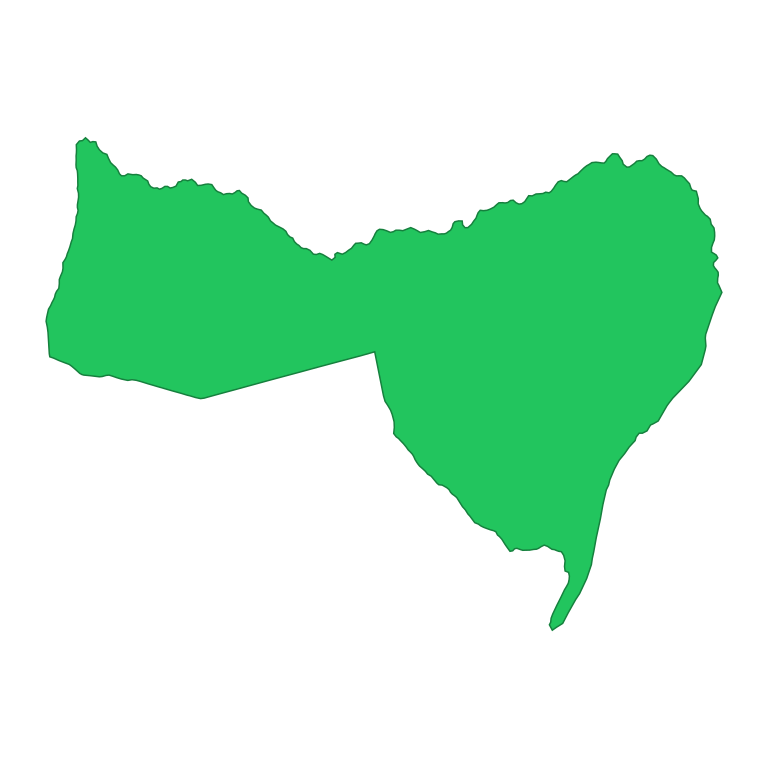 the district of Bataguassu, Mato Grosso do Sul, Brazil
{"feature_id": "56859067B16136345654597", "entity_name": "Bataguassu", "entity_type": "district", "adm_level": 2, "iso_a3": "BRA", "parent_name": "Brazil", "parent_adm1": "Mato Grosso do Sul", "projection": "equal_earth", "projection_center": [-52.609, -21.865], "detail": "fine", "context": "isolated", "style": "filled", "palette": "green", "viewbox_px": 768, "rotation_deg": 0, "n_neighbors": 0, "source": "geoboundaries", "source_scale": "gbopen_adm2", "svg_char_len": 5902}
<svg xmlns="http://www.w3.org/2000/svg" viewBox="0 0 768 768"><path d="M721.9,292.4L720.3,288.7L719.0,285.7L717.5,282.8L717.7,278.3L718.3,275.2L718.1,272.2L716.4,269.8L714.7,267.8L713.4,265.6L713.6,262.5L715.8,260.4L717.8,257.9L716.3,255.1L714.2,253.7L711.5,252.1L711.5,247.4L712.9,243.3L714.3,239.9L714.7,236.0L714.6,232.4L714.0,228.0L711.2,224.2L710.2,219.2L707.4,216.3L705.4,215.1L703.5,213.0L701.7,211.0L700.1,208.5L698.2,203.9L698.3,198.7L697.2,194.6L696.3,191.2L692.2,190.2L690.9,188.1L689.5,183.7L686.6,180.6L684.4,178.0L681.7,175.9L679.1,175.8L676.5,175.9L674.1,174.9L671.1,172.1L666.7,169.5L664.3,167.9L661.8,166.5L659.0,163.8L656.3,159.1L652.8,155.6L649.9,155.2L647.0,156.5L644.6,159.1L642.0,160.7L639.2,160.7L636.7,161.2L634.5,163.4L632.3,165.0L629.4,167.0L626.8,167.1L623.2,164.2L622.2,160.7L619.6,157.1L617.7,154.1L614.5,153.8L612.4,153.8L610.1,156.0L607.5,158.6L605.8,161.5L604.1,163.1L601.2,162.9L598.9,162.5L595.9,162.2L591.9,162.6L589.0,164.5L586.8,165.7L584.2,167.7L582.5,169.3L580.6,171.1L578.0,173.8L575.8,174.9L573.6,176.4L570.6,178.8L566.7,181.8L563.8,181.4L561.3,180.6L558.2,181.8L555.5,185.3L553.7,188.2L551.2,191.4L549.1,192.8L545.7,192.2L543.0,193.5L539.5,193.8L536.0,194.0L532.2,195.9L528.7,195.7L524.7,201.7L521.8,203.7L518.9,204.1L516.1,202.8L513.2,200.2L510.5,200.5L507.8,202.5L505.1,203.0L502.6,202.7L498.9,202.8L496.7,204.6L493.9,207.2L490.2,209.1L487.0,210.3L483.4,210.7L480.2,210.3L478.2,212.6L477.1,215.2L476.0,218.2L473.7,221.1L471.6,224.3L467.9,227.6L465.0,227.7L462.6,224.8L462.2,221.0L458.6,220.9L454.9,221.7L453.2,223.6L452.2,227.4L450.6,230.2L448.4,231.6L446.4,233.2L444.2,233.9L441.3,233.9L438.1,234.2L435.3,232.8L432.2,231.9L428.5,230.5L424.7,231.7L420.3,232.5L417.3,230.7L414.5,229.2L410.7,227.6L402.8,230.7L399.3,230.2L395.9,230.2L393.3,231.7L390.4,232.4L386.7,230.8L383.1,229.6L379.5,229.3L377.0,230.8L375.2,233.7L374.1,236.2L372.0,240.1L369.4,243.7L366.3,244.9L363.9,244.1L361.3,242.8L357.8,243.2L355.7,243.3L353.9,245.2L351.5,248.3L348.6,250.2L345.7,252.5L342.3,254.2L337.4,252.6L334.9,254.3L335.1,257.4L331.8,260.1L327.8,257.6L325.7,256.3L322.6,254.5L319.7,253.4L316.4,254.5L313.4,254.2L309.9,250.3L306.3,248.6L303.5,248.6L301.1,247.7L298.9,245.4L296.7,244.0L294.4,241.6L292.7,238.1L289.9,236.9L287.5,234.5L285.9,231.3L283.0,228.9L280.1,227.4L278.1,226.4L275.5,225.1L273.2,223.1L270.5,220.9L268.3,217.1L266.2,215.1L263.8,213.2L261.3,210.1L257.6,209.2L254.5,208.1L251.2,205.5L248.4,201.7L248.0,197.9L245.4,195.3L241.6,193.1L239.4,190.5L237.1,190.8L235.0,192.5L232.3,194.0L229.6,193.5L226.5,193.7L223.4,194.6L220.7,192.8L217.7,191.7L215.8,190.3L214.3,188.3L211.8,184.6L208.2,184.0L205.3,184.3L201.2,185.3L197.6,185.5L195.4,182.3L191.7,179.3L187.7,180.8L185.3,180.0L182.8,180.0L181.1,181.5L178.3,182.0L176.0,186.1L172.7,187.5L170.1,188.0L167.5,186.4L164.9,186.4L162.1,188.3L159.5,189.2L157.1,187.9L153.8,188.2L150.7,186.7L148.9,184.3L147.7,181.0L145.7,179.7L143.2,178.1L141.2,175.8L139.0,175.0L136.3,174.5L132.8,174.7L130.3,174.3L127.9,173.9L124.7,175.8L121.5,175.8L119.5,173.9L117.7,170.0L115.5,167.1L113.2,165.1L110.6,162.6L108.4,158.2L106.9,154.4L102.8,152.9L99.4,149.8L97.1,146.2L95.8,141.9L92.8,141.6L90.3,142.4L88.2,140.2L85.5,137.8L82.5,140.6L79.4,141.0L76.3,144.7L76.5,149.7L76.4,152.9L76.1,155.9L76.2,160.0L76.0,164.8L76.2,167.7L77.3,170.6L77.6,173.8L77.8,178.5L77.8,182.0L77.9,185.5L77.3,188.5L78.5,193.2L78.6,197.1L78.2,199.9L77.4,204.8L77.4,207.6L78.1,210.3L77.5,213.5L76.2,216.7L76.0,221.0L75.3,224.9L74.0,229.2L73.0,233.5L72.5,238.6L71.2,242.1L69.9,246.8L68.5,250.8L67.3,253.7L66.4,256.9L65.1,259.4L62.9,262.7L63.0,268.3L62.4,271.8L60.4,276.5L59.3,279.5L59.3,283.9L58.8,288.4L56.6,291.3L55.3,294.1L54.6,297.3L53.5,299.7L51.9,302.7L50.6,305.7L48.5,309.2L47.4,314.0L46.6,317.7L46.1,321.3L47.3,327.0L48.0,332.3L49.3,353.8L49.8,356.8L53.6,358.1L58.7,360.4L63.8,362.4L69.2,364.4L71.7,366.2L76.1,370.0L79.7,373.3L81.8,374.5L83.9,375.1L86.2,375.3L90.3,375.7L99.4,376.8L102.3,376.5L106.1,375.4L109.1,375.1L112.9,376.3L116.6,377.6L121.2,379.0L127.8,380.4L132.0,379.7L136.3,380.3L140.7,381.5L148.4,383.9L153.6,385.4L156.9,386.4L172.8,391.0L181.1,393.3L187.3,395.2L189.9,395.8L195.5,397.5L200.6,398.6L204.3,398.1L207.4,397.2L219.4,393.9L233.8,390.0L270.7,379.9L299.4,372.2L318.8,366.9L344.3,360.1L360.2,355.9L374.7,351.8L383.5,395.8L385.1,401.4L387.6,405.1L390.6,410.2L392.2,414.5L393.1,417.9L394.1,421.8L394.3,427.5L393.7,433.5L396.2,436.8L398.6,438.5L400.2,440.3L403.4,443.6L406.2,447.0L408.2,449.9L410.1,451.7L412.3,454.1L413.7,456.4L415.1,459.6L416.5,461.9L418.0,464.1L419.6,466.1L422.5,468.6L425.4,471.3L427.6,474.1L431.2,476.2L434.0,479.6L436.8,483.0L438.7,484.7L442.2,485.1L446.7,487.6L449.0,489.5L450.6,492.3L452.3,494.1L454.3,495.5L456.7,497.5L462.5,506.7L465.3,509.8L468.0,514.1L469.8,516.0L474.8,522.7L478.4,524.1L480.8,525.9L483.4,527.2L486.5,528.4L490.4,529.8L493.7,530.7L495.9,531.8L497.5,535.0L499.5,536.6L501.9,539.3L505.0,544.3L506.8,546.9L510.0,551.3L512.7,550.8L514.6,548.7L516.9,548.3L520.5,549.6L522.8,550.3L525.0,550.2L529.7,550.1L533.8,549.4L536.5,549.2L538.6,548.3L541.0,546.7L544.2,545.1L547.7,546.4L550.0,548.0L552.0,549.3L554.4,549.6L556.5,550.5L558.7,551.3L561.4,551.7L563.7,555.4L565.1,560.8L564.5,566.5L565.1,571.0L568.6,572.4L569.4,576.1L569.1,579.7L568.3,583.2L566.5,586.5L564.5,589.8L561.1,596.9L559.1,600.9L557.0,605.0L552.7,614.1L551.1,618.3L550.7,622.2L549.4,624.8L552.3,630.2L556.6,627.2L562.7,623.4L568.2,612.8L575.7,599.5L579.6,593.6L586.7,578.5L591.4,564.6L592.3,558.4L593.7,551.9L596.3,537.5L600.4,518.7L601.3,513.6L602.9,504.6L606.3,489.8L608.6,485.1L609.8,479.9L614.3,469.2L619.1,460.3L624.7,453.5L629.2,447.0L635.1,440.6L636.1,437.1L639.1,433.2L642.4,433.2L647.0,430.9L650.5,425.0L653.0,423.9L658.2,421.0L667.0,405.7L669.2,402.7L672.8,398.1L688.9,381.4L701.3,364.6L705.2,349.9L705.9,346.0L705.3,338.0L705.7,334.3L712.2,315.0L715.3,306.6L721.9,292.4Z" fill="#22c55e" stroke="#15803d" stroke-width="1.5"/></svg>